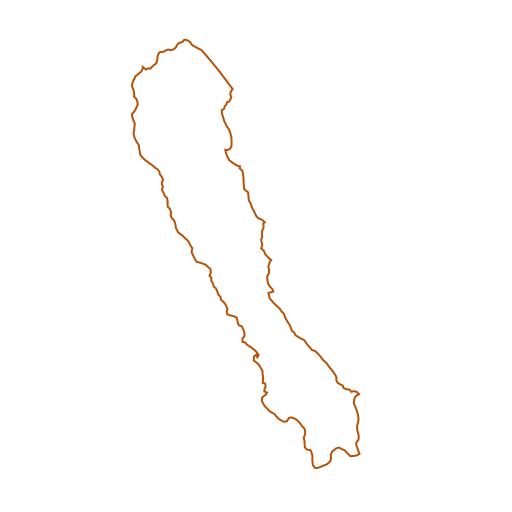 the district of Presidente Prudente, São Paulo, Brazil, rotated 141°
{"feature_id": "56859067B23214065366265", "entity_name": "Presidente Prudente", "entity_type": "district", "adm_level": 2, "iso_a3": "BRA", "parent_name": "Brazil", "parent_adm1": "São Paulo", "projection": "equal_earth", "projection_center": [-51.331, -21.964], "detail": "fine", "context": "isolated", "style": "outline", "palette": "amber", "viewbox_px": 512, "rotation_deg": 141, "n_neighbors": 0, "source": "geoboundaries", "source_scale": "gbopen_adm2", "svg_char_len": 4294}
<svg xmlns="http://www.w3.org/2000/svg" viewBox="0 0 512 512"><g transform="rotate(141 256 256)"><path d="M229.7,291.0L228.5,296.6L227.3,299.7L226.5,303.8L224.3,307.1L222.1,310.4L223.1,315.2L221.1,318.4L219.4,320.9L217.2,323.6L214.7,327.6L212.9,330.9L213.6,334.2L212.0,335.8L213.4,337.4L214.4,339.7L215.6,343.4L216.5,347.3L215.5,352.3L214.2,355.7L213.0,357.8L211.4,356.2L208.3,355.7L206.0,356.7L203.9,359.2L201.7,362.0L199.9,364.6L198.9,367.0L197.4,370.8L197.2,374.5L196.5,377.4L195.8,380.7L194.1,385.0L192.7,388.4L190.8,390.9L188.4,390.5L185.9,392.0L183.7,392.4L182.1,393.8L179.9,393.0L177.6,393.6L175.3,395.1L174.0,398.2L171.6,399.8L169.1,400.3L168.3,421.4L168.3,426.0L168.3,429.4L168.3,435.8L168.7,450.3L170.4,453.8L171.5,456.7L172.9,459.8L172.6,463.8L173.7,467.1L175.5,469.2L178.5,468.6L182.3,470.1L184.9,469.6L186.7,468.6L189.5,468.4L192.5,469.4L194.4,471.8L196.9,472.6L199.3,472.9L202.3,474.9L204.4,474.6L206.7,473.2L209.4,470.5L212.4,468.4L215.5,468.7L217.6,468.5L220.0,468.0L221.5,469.6L224.2,470.2L225.0,474.2L226.8,472.5L229.3,471.5L231.3,471.5L234.1,471.5L236.9,471.5L239.0,470.2L241.5,469.2L245.3,466.7L246.6,462.3L248.9,458.1L250.6,456.6L250.0,453.9L250.9,451.0L252.3,448.4L254.6,447.1L257.4,445.7L260.3,444.7L263.0,444.4L264.4,442.5L265.8,438.9L266.8,435.3L268.3,433.8L270.0,432.0L271.6,430.4L274.2,428.1L275.8,424.8L276.8,420.6L277.3,415.9L279.0,413.4L280.4,410.7L282.2,407.6L282.3,404.6L281.9,400.8L280.8,396.5L279.4,391.4L278.9,388.1L278.0,385.6L278.0,382.5L279.3,379.9L279.4,376.8L280.3,373.5L282.6,372.7L284.1,370.7L285.0,368.1L287.5,366.7L288.0,363.6L289.0,360.1L288.6,357.0L290.3,354.1L291.9,352.3L293.6,349.8L293.2,346.9L294.6,343.0L296.5,341.8L297.5,339.1L297.3,335.0L298.7,331.3L300.6,328.2L301.6,323.6L300.9,320.1L300.2,317.7L300.0,314.8L299.2,310.4L300.2,306.3L300.6,302.1L303.7,299.5L304.8,294.6L305.6,291.1L305.6,288.4L303.5,285.8L302.0,283.3L300.5,280.6L300.2,277.4L299.6,274.6L301.4,271.6L304.6,269.9L304.3,267.2L306.3,265.1L306.8,261.7L308.1,258.7L307.5,256.3L308.2,253.4L309.5,249.9L309.4,246.5L310.8,244.0L310.1,240.9L310.3,237.0L311.7,232.4L313.7,231.4L315.0,228.6L313.4,226.0L311.2,223.3L309.8,220.4L310.8,218.1L312.2,215.5L312.9,212.9L311.3,210.3L312.2,206.6L313.7,203.0L315.5,201.0L318.4,200.3L320.5,197.8L318.9,195.6L318.8,192.8L318.0,190.1L317.1,187.4L316.4,184.2L316.0,181.1L316.3,177.3L318.7,176.5L318.0,179.1L320.7,179.2L323.5,176.3L322.4,171.2L322.4,168.4L322.8,165.9L323.3,162.5L325.2,160.2L326.6,157.5L328.6,155.3L330.7,153.0L329.2,151.2L330.4,148.7L332.5,147.7L334.8,145.5L333.4,142.9L335.3,142.2L337.7,142.2L340.3,142.2L342.5,139.9L343.3,136.8L343.7,133.1L343.3,130.5L343.3,127.8L342.6,125.2L341.1,121.7L341.1,117.7L340.7,114.6L339.8,112.2L338.8,109.8L336.1,108.1L332.4,109.4L330.1,108.3L328.7,106.1L327.6,103.6L327.0,98.5L327.3,94.8L326.9,91.5L328.1,89.0L329.7,86.8L333.6,84.5L334.7,81.6L336.4,79.6L338.5,76.4L338.0,73.1L335.9,71.0L336.6,68.2L338.0,64.9L339.9,63.0L341.6,60.5L343.4,57.7L343.5,54.0L341.0,52.3L337.6,51.2L334.0,50.2L331.7,49.5L329.7,49.6L327.4,49.7L324.9,51.7L323.4,54.2L319.4,56.3L317.2,56.0L314.7,56.1L312.0,54.8L310.5,51.3L309.3,48.9L309.1,45.2L308.7,41.1L304.0,37.9L300.1,37.1L298.3,42.5L296.8,46.6L294.8,48.2L292.0,48.7L289.5,51.4L288.0,54.4L286.6,57.4L284.3,60.5L281.3,62.5L279.0,64.7L277.6,66.9L276.3,69.2L274.8,73.0L273.6,76.6L272.7,80.0L270.4,82.4L267.7,84.0L265.7,84.3L262.9,83.8L263.4,87.5L265.3,89.5L267.4,90.5L267.4,93.3L269.5,95.4L271.1,98.4L270.1,100.6L271.4,103.4L272.4,106.2L271.7,109.1L269.9,110.8L269.3,113.3L268.9,117.0L268.9,120.3L268.9,124.3L268.6,127.7L268.9,130.7L269.4,133.8L269.1,137.5L269.5,142.2L270.0,145.2L271.6,147.6L271.7,151.2L271.9,154.5L271.6,157.8L271.6,160.7L273.1,163.7L274.0,166.3L275.2,169.4L274.5,172.5L275.1,175.3L274.2,178.1L273.3,181.2L272.8,185.7L271.9,190.3L270.7,193.2L271.0,197.4L270.7,200.2L271.2,203.3L271.9,208.7L271.9,211.4L272.1,214.4L270.7,217.1L269.6,219.4L265.0,217.5L264.1,220.1L264.5,223.6L263.9,227.0L262.7,229.3L261.4,231.6L259.7,233.3L256.5,234.8L254.6,237.0L253.1,240.0L248.7,242.9L246.7,243.3L247.5,247.2L247.7,251.6L246.6,255.4L247.2,258.7L244.5,260.2L243.2,262.6L241.9,265.3L239.3,266.8L237.3,269.6L235.1,271.9L232.9,272.8L231.4,274.4L230.0,276.6L227.9,276.7L228.6,280.6L230.3,283.7L230.7,286.6L229.7,291.0Z" fill="none" stroke="#b45309" stroke-width="2"/></g></svg>